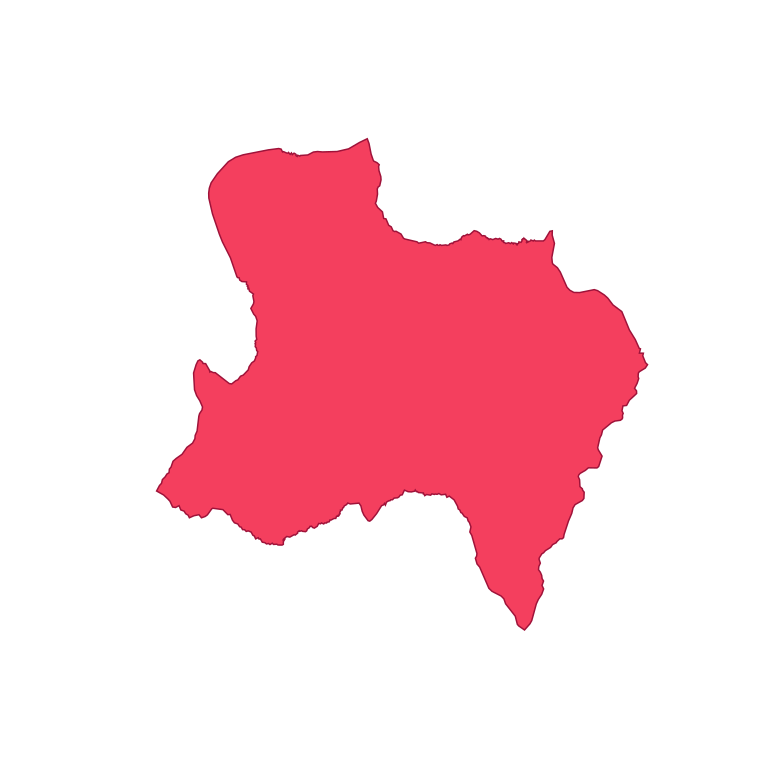 outline of Sambour, Krâchéh, Cambodia, rotated 215°
{"feature_id": "14789045B56748216757277", "entity_name": "Sambour", "entity_type": "district", "adm_level": 2, "iso_a3": "KHM", "parent_name": "Cambodia", "parent_adm1": "Krâchéh", "projection": "robinson", "projection_center": [106.055, 13.019], "detail": "fine", "context": "isolated", "style": "filled", "palette": "rose", "viewbox_px": 768, "rotation_deg": 215, "n_neighbors": 0, "source": "geoboundaries", "source_scale": "gbopen_adm2", "svg_char_len": 6159}
<svg xmlns="http://www.w3.org/2000/svg" viewBox="0 0 768 768"><g transform="rotate(215 384 384)"><path d="M173.7,511.5L171.6,521.1L173.2,523.2L176.3,524.2L177.0,529.6L178.5,534.6L180.0,535.7L181.9,538.8L181.9,540.5L179.1,546.9L179.2,551.0L182.1,551.5L188.2,555.5L189.2,558.0L192.5,555.8L194.1,559.9L195.4,559.6L203.6,564.5L214.0,569.0L230.7,579.7L241.8,580.1L249.9,582.7L254.6,583.3L262.5,583.0L265.9,581.9L276.2,571.1L281.0,567.9L285.5,567.4L289.6,568.2L303.8,576.8L308.6,578.7L314.4,579.1L315.6,579.8L319.1,583.9L325.0,596.9L331.6,602.4L334.0,606.0L335.7,604.2L335.0,594.5L335.5,592.6L342.1,588.0L343.4,588.1L343.7,586.8L346.2,586.2L346.0,585.6L347.8,582.3L348.0,583.1L348.7,582.2L349.2,583.4L352.8,583.7L352.5,583.3L353.6,582.6L353.8,581.2L353.1,580.5L353.0,578.6L355.0,577.8L354.4,576.4L355.3,575.3L354.7,574.5L355.3,574.1L356.5,574.9L358.6,573.9L358.5,572.9L360.5,573.1L361.1,571.4L362.8,571.3L365.0,568.9L366.6,569.1L367.1,568.6L368.0,568.9L368.2,569.8L369.5,568.9L371.2,569.7L372.9,569.5L373.6,568.1L376.0,567.3L377.7,564.7L380.2,563.9L380.8,562.6L381.8,563.1L382.7,562.5L383.2,563.0L384.4,562.6L385.7,563.3L387.3,562.8L388.6,561.6L392.5,562.5L395.6,562.3L398.1,561.3L399.4,555.8L400.7,554.4L401.6,554.5L403.0,551.5L404.0,551.1L404.6,548.8L403.8,546.3L404.7,546.3L405.5,543.6L408.2,540.5L408.2,538.5L409.1,538.5L410.5,536.6L410.5,535.2L411.9,533.6L413.0,533.5L416.4,530.5L418.0,530.2L418.2,529.3L419.4,528.5L420.4,528.7L421.5,526.9L427.3,525.9L429.8,524.4L431.6,524.3L436.4,519.2L438.5,519.4L450.2,514.7L451.7,514.6L456.1,516.6L461.8,516.0L462.7,515.0L464.5,514.7L468.2,516.9L471.2,516.7L477.1,520.4L479.2,519.4L484.0,524.1L490.4,525.0L494.7,527.1L495.2,529.4L498.2,535.8L501.4,539.9L501.8,542.0L501.2,543.9L503.5,549.5L505.6,552.1L510.5,555.9L513.2,559.1L513.7,560.9L516.7,561.3L520.2,560.7L521.3,561.2L526.5,565.0L534.2,572.4L538.4,575.3L542.6,567.8L547.9,556.3L555.7,547.6L567.5,538.8L571.8,536.3L574.9,533.5L577.8,527.9L583.5,523.3L583.7,522.4L585.9,521.9L585.7,520.6L587.1,520.6L587.7,521.6L589.7,521.6L590.2,521.3L590.7,519.3L592.4,520.2L592.6,518.3L595.0,518.9L595.0,518.1L596.1,517.4L599.6,516.7L600.2,515.9L603.0,517.4L605.3,516.5L613.1,509.4L630.8,491.0L635.6,484.6L639.0,476.8L641.1,460.7L641.0,449.7L639.4,444.2L637.1,439.8L634.1,435.8L622.1,425.0L604.8,412.3L597.8,407.7L582.2,399.3L566.0,387.5L565.0,387.2L563.6,387.9L561.8,386.4L559.2,386.4L555.2,388.8L553.8,386.7L552.1,386.7L552.0,385.6L551.0,385.6L550.6,384.5L549.8,384.8L549.7,384.1L549.3,384.4L547.4,382.9L542.5,382.8L542.1,381.1L537.9,377.0L536.9,374.8L536.4,369.5L530.8,366.5L527.9,365.8L524.1,363.0L520.4,355.8L516.1,349.8L513.8,347.5L514.2,345.2L512.9,344.3L512.7,343.0L512.1,343.0L510.9,340.7L509.4,340.4L507.4,338.3L506.1,338.2L504.4,334.5L504.8,332.7L504.1,331.8L503.4,328.6L504.5,325.4L504.4,320.8L503.3,317.7L504.4,310.6L506.0,308.1L506.1,303.6L507.3,301.7L508.8,296.7L511.0,295.6L528.7,296.5L530.4,295.4L533.2,294.9L533.5,294.0L534.8,295.1L541.8,298.4L544.0,297.0L545.1,297.8L548.7,298.2L549.7,296.2L549.0,292.1L546.3,283.8L535.9,270.6L530.8,267.0L525.4,264.7L519.5,261.1L518.2,258.3L518.1,254.0L517.2,251.4L510.1,238.2L509.2,233.6L507.5,230.7L506.9,225.8L509.1,219.1L509.1,210.6L511.5,203.9L512.5,199.7L510.8,193.8L511.0,191.2L509.2,188.0L510.2,185.7L510.0,182.5L510.7,178.6L509.3,175.0L509.7,172.2L508.9,165.9L500.9,166.7L495.3,165.9L492.1,165.2L486.6,162.0L483.9,163.3L482.1,166.8L478.2,164.3L474.9,165.2L472.0,164.0L469.2,164.2L466.7,162.8L464.1,167.1L460.6,170.8L456.8,169.7L454.5,172.9L453.6,175.5L453.5,182.9L453.0,184.0L443.9,188.7L437.0,187.4L435.2,188.9L430.0,185.5L426.9,184.5L423.5,185.5L420.4,184.3L418.9,184.8L416.3,183.6L414.6,184.7L412.3,184.2L411.0,185.8L407.9,186.5L404.7,184.9L403.0,185.1L400.3,183.5L398.9,186.0L397.4,185.3L396.4,186.2L393.0,184.6L390.6,185.7L388.5,185.6L387.1,187.1L385.3,187.1L384.2,189.5L382.5,189.2L379.9,191.3L378.5,191.3L375.1,193.6L374.5,194.9L376.0,197.1L376.2,199.5L377.2,198.6L377.3,199.3L376.2,203.3L373.3,204.6L371.2,209.0L370.1,209.3L369.2,212.3L369.8,213.0L369.3,215.1L368.6,214.9L367.4,216.5L366.4,216.5L363.6,218.0L363.1,219.3L363.6,221.3L362.7,223.6L363.0,224.9L361.7,226.0L360.3,225.5L358.4,226.0L357.1,229.1L357.5,232.3L355.8,233.1L355.6,234.3L353.1,234.8L353.0,236.0L351.3,237.2L351.5,237.9L349.8,239.8L350.3,241.6L349.4,242.1L347.8,245.2L346.4,246.2L347.0,248.4L345.8,249.3L346.2,249.9L345.4,250.5L346.0,251.6L345.5,252.5L346.7,253.6L346.6,254.9L347.3,255.7L346.1,256.7L346.7,258.7L346.3,259.6L346.6,261.4L345.5,263.7L345.4,265.7L342.8,266.4L336.1,272.1L333.0,270.9L328.8,267.2L325.3,265.1L318.6,262.9L317.0,263.5L316.2,266.1L315.7,273.6L316.2,282.9L315.0,284.8L315.1,286.4L313.4,285.6L314.2,288.7L313.0,291.3L312.2,291.7L312.1,293.0L310.6,294.1L310.3,296.3L307.6,298.6L306.9,300.4L307.0,302.1L305.5,303.7L306.4,308.8L302.5,309.6L299.7,311.3L297.4,313.8L297.6,315.1L295.7,314.4L295.1,315.0L293.6,314.8L289.3,317.3L288.8,316.5L287.9,316.7L286.6,315.9L285.7,317.9L282.0,319.7L281.7,321.5L279.4,322.4L279.0,323.2L277.2,324.1L276.2,325.8L273.6,326.0L270.3,329.0L267.5,327.3L266.2,329.6L260.1,329.3L253.7,326.1L251.5,324.2L249.8,324.3L247.3,322.8L246.0,323.0L242.3,321.6L239.0,322.1L236.6,320.1L234.6,319.5L230.8,316.8L228.8,312.0L225.2,310.3L210.6,298.4L209.4,296.1L209.2,293.7L204.5,289.9L200.6,288.9L180.9,276.8L176.5,276.1L166.6,277.5L162.6,276.8L158.3,273.7L143.3,269.1L136.9,263.6L134.9,263.1L127.8,263.1L126.9,271.3L127.3,275.0L133.1,291.2L134.0,296.0L134.2,302.2L135.7,307.7L139.0,309.6L140.3,314.1L142.8,315.2L145.1,317.7L148.0,319.5L150.9,320.5L152.5,323.3L153.2,326.9L156.6,329.5L157.1,330.8L157.3,335.5L156.5,337.2L156.2,340.1L153.8,345.8L153.8,349.1L151.8,353.0L152.1,353.7L151.2,358.0L149.3,359.3L148.8,361.1L150.2,364.1L154.3,377.6L156.0,385.7L158.1,391.0L158.3,394.8L154.7,402.3L154.6,404.9L158.0,410.2L160.3,410.9L161.4,411.9L164.6,412.3L168.9,417.8L171.7,419.5L172.3,421.1L172.1,423.2L169.5,428.8L168.5,432.6L161.4,437.4L160.8,439.5L164.0,450.0L170.7,453.0L172.4,454.3L176.3,463.8L176.7,467.1L178.5,471.7L175.5,482.7L173.6,486.1L169.6,489.8L168.9,491.7L169.1,493.1L170.8,495.3L171.2,497.1L173.7,498.6L175.7,503.1L173.0,505.6L173.7,511.5Z" fill="#f43f5e" stroke="#9f1239" stroke-width="1.5"/></g></svg>